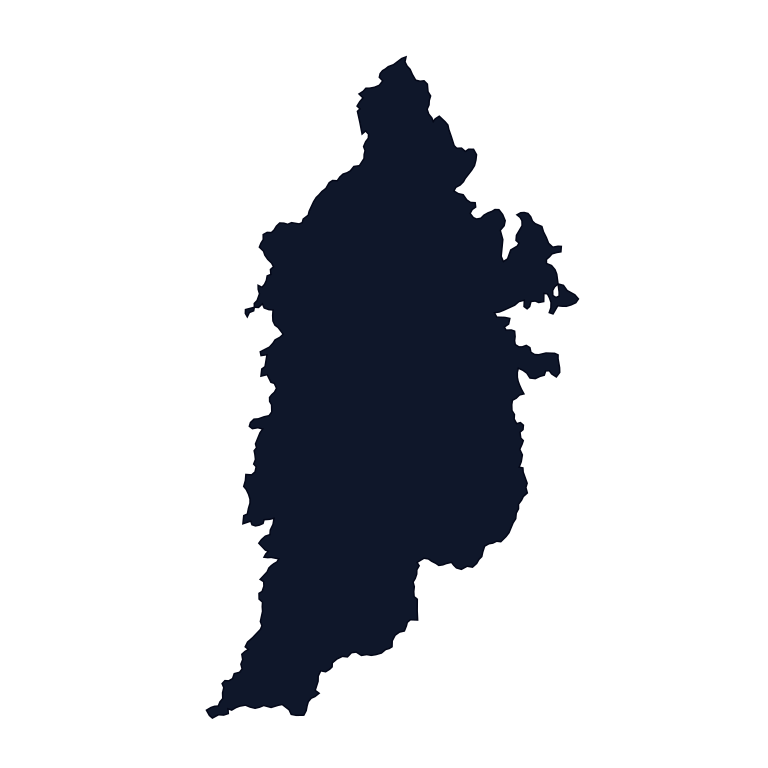 Bom Jardim da Serra, Santa Catarina, Brazil, rotated 176°
{"feature_id": "56859067B26103840950670", "entity_name": "Bom Jardim da Serra", "entity_type": "district", "adm_level": 2, "iso_a3": "BRA", "parent_name": "Brazil", "parent_adm1": "Santa Catarina", "projection": "albers", "projection_center": [-49.659, -28.371], "detail": "fine", "context": "isolated", "style": "filled", "palette": "ink", "viewbox_px": 768, "rotation_deg": 176, "n_neighbors": 0, "source": "geoboundaries", "source_scale": "gbopen_adm2", "svg_char_len": 6132}
<svg xmlns="http://www.w3.org/2000/svg" viewBox="0 0 768 768"><g transform="rotate(176 384 384)"><path d="M508.0,469.6L503.8,469.1L499.7,472.5L498.2,468.2L493.7,466.2L489.5,465.6L490.3,460.1L490.4,454.6L488.7,450.3L485.7,447.8L481.1,440.7L484.5,437.9L489.6,435.6L492.0,432.4L495.7,428.8L505.2,424.8L504.7,420.9L498.7,421.4L501.5,409.6L504.9,407.5L506.2,400.4L499.9,401.5L496.7,393.6L493.4,392.3L491.5,387.2L493.9,383.4L496.7,381.2L499.1,378.6L499.3,374.6L497.6,371.2L497.9,364.0L500.9,360.4L505.8,359.7L511.9,358.0L516.2,358.0L519.9,354.9L521.3,351.2L518.4,348.6L512.9,349.2L508.1,347.6L511.1,344.0L516.4,333.2L515.6,329.3L518.2,326.5L517.7,322.6L517.5,317.7L519.6,313.2L517.3,310.4L518.8,305.3L522.4,302.6L528.1,303.4L529.0,297.4L531.1,291.6L528.8,288.4L526.8,283.4L525.7,278.5L526.0,274.4L527.9,269.4L529.4,263.8L533.1,262.5L534.5,254.4L526.5,256.5L525.5,252.8L522.1,251.4L518.3,251.9L514.4,253.3L513.1,257.0L507.6,257.0L503.1,257.7L504.5,251.7L507.6,246.3L508.3,241.7L513.0,240.5L517.1,237.3L520.0,233.9L514.0,226.6L511.0,225.2L513.8,222.7L515.8,219.6L512.1,218.9L508.6,218.9L501.1,216.9L503.3,213.9L506.3,212.5L509.1,210.7L511.7,208.5L513.7,204.7L521.2,197.7L517.8,195.2L517.9,190.7L520.1,185.5L523.3,183.9L523.6,178.1L520.4,174.9L521.0,170.3L521.0,165.7L523.9,155.7L522.6,151.4L524.4,147.8L532.8,140.1L538.1,136.1L540.8,131.5L537.8,128.7L541.3,126.9L544.7,124.3L544.2,118.9L546.3,114.5L545.4,109.7L548.2,106.5L553.6,105.5L555.6,100.7L559.6,98.7L563.4,99.2L566.4,96.4L565.0,92.3L566.6,87.2L566.8,81.5L569.8,78.4L571.8,74.3L575.6,74.3L579.1,73.4L583.9,71.0L581.3,65.5L578.5,62.7L572.1,65.6L567.0,64.9L562.3,66.1L562.3,70.9L558.7,69.3L554.3,71.5L550.4,72.7L544.6,73.3L540.2,71.1L535.2,69.5L530.6,70.3L526.4,71.7L519.2,69.2L511.8,70.9L507.9,71.4L501.4,65.6L499.6,60.9L494.7,59.6L487.1,59.2L484.4,63.6L483.2,68.2L481.7,72.3L478.6,75.6L474.7,77.0L470.3,80.0L474.0,83.2L470.5,92.0L470.0,97.2L467.1,102.3L462.3,101.0L458.1,103.2L455.5,105.4L455.0,109.4L450.2,112.9L444.5,115.2L439.5,114.3L435.2,118.2L430.4,118.5L425.5,114.8L420.1,115.3L415.6,114.2L411.0,114.6L405.3,115.8L400.9,119.0L397.2,119.8L394.3,121.3L393.7,127.2L390.4,132.6L385.9,135.4L380.9,136.2L378.5,141.2L377.4,144.6L374.1,147.0L366.9,146.2L366.7,155.4L365.8,167.0L368.8,169.8L368.8,174.8L367.9,179.7L368.8,184.4L366.4,187.8L364.6,192.1L364.2,196.4L361.6,200.2L363.5,203.7L356.3,207.4L351.9,206.4L348.9,203.9L344.7,201.4L342.0,199.2L337.9,199.5L334.6,200.5L329.1,201.4L327.2,198.5L324.6,195.5L319.7,193.7L313.8,196.4L308.5,195.1L304.1,198.5L301.5,202.4L298.5,205.0L297.2,209.5L294.9,215.2L290.5,217.3L286.5,217.7L282.6,219.3L278.5,218.5L272.9,223.3L269.7,226.9L264.9,236.5L262.0,240.4L261.1,245.9L258.5,250.1L258.2,254.7L254.9,258.5L252.9,262.0L248.6,265.3L249.7,270.8L248.1,275.0L251.3,286.4L251.3,290.6L255.0,291.6L252.5,296.9L250.9,303.6L253.1,309.4L250.4,314.4L249.0,317.8L251.3,320.5L251.7,326.4L248.5,328.8L247.8,333.2L250.6,336.0L254.4,335.2L256.6,340.0L256.0,344.5L258.2,348.6L258.0,354.4L257.0,358.8L253.1,360.6L249.6,363.6L245.1,364.4L247.3,369.2L248.9,373.6L250.0,377.4L250.5,381.4L250.2,386.3L248.9,390.4L244.5,388.0L240.8,384.9L238.0,379.8L232.7,378.8L227.9,380.7L223.5,381.6L221.8,385.8L218.1,385.7L216.1,382.4L211.6,379.0L207.9,383.3L207.7,388.0L208.6,397.2L208.3,400.9L211.6,402.7L220.3,403.6L227.6,402.4L231.7,402.9L235.2,405.4L235.9,410.1L239.4,412.6L243.5,411.4L246.8,411.6L250.3,414.2L250.7,418.0L249.9,422.2L250.0,427.6L253.2,429.0L258.4,429.2L260.0,432.4L255.5,435.1L253.9,440.6L258.8,442.0L266.8,442.8L268.9,447.4L263.9,447.8L259.6,449.2L248.1,453.5L243.7,456.8L238.2,457.8L238.9,451.5L236.0,449.0L233.3,451.1L231.6,456.1L227.3,456.2L224.0,454.5L218.9,455.1L218.2,463.2L214.7,462.5L212.9,458.3L211.7,453.7L212.2,448.4L214.2,443.7L210.5,442.1L205.2,449.9L200.4,449.1L196.7,448.8L191.7,449.9L187.0,451.7L184.1,455.3L187.4,459.7L194.8,464.5L198.1,469.9L203.4,471.7L204.0,481.5L205.4,486.1L208.6,490.5L213.5,492.9L213.3,496.9L210.0,499.4L207.3,502.1L202.6,503.1L198.3,503.5L197.5,508.9L200.8,509.3L206.1,508.7L210.0,512.9L211.8,518.7L214.3,524.7L215.5,530.1L222.1,533.5L224.5,536.1L226.0,540.7L228.5,544.1L232.2,545.3L235.7,545.3L239.6,543.5L236.6,540.7L235.0,537.3L235.2,532.3L241.5,523.1L242.3,518.0L239.5,515.2L241.4,512.3L248.2,508.9L252.0,500.2L256.4,497.8L258.2,503.2L255.4,519.8L257.3,529.2L253.1,533.5L251.7,538.5L253.8,544.8L257.2,549.9L261.2,550.3L264.2,548.7L268.3,547.5L272.5,545.5L275.8,542.6L280.2,542.1L283.3,543.8L286.2,548.2L283.8,551.9L280.2,554.1L280.4,558.5L285.1,559.1L288.6,561.9L291.8,567.3L296.6,568.7L300.8,571.7L298.6,575.2L294.1,577.2L290.6,580.3L288.7,583.3L281.7,591.1L278.5,595.5L276.7,600.9L275.7,606.3L278.3,611.9L283.3,612.3L286.6,610.3L290.2,613.9L295.0,614.1L297.4,616.9L299.6,626.1L301.6,633.5L302.2,637.9L304.7,641.3L310.2,647.3L314.5,644.9L316.6,642.3L317.7,646.1L320.5,650.1L321.8,655.1L319.6,659.3L319.1,663.5L317.4,668.1L319.7,672.5L319.8,680.1L322.9,683.7L326.8,683.5L331.2,684.9L334.1,690.8L336.0,696.1L338.8,699.6L340.6,703.9L339.2,708.8L343.6,707.5L352.2,701.9L357.6,700.3L360.6,698.2L363.6,696.7L366.2,693.9L367.3,690.3L364.1,686.5L367.9,682.3L372.7,680.7L377.6,680.1L381.5,680.3L384.3,677.5L388.7,675.1L385.0,670.9L388.5,667.3L391.5,663.1L388.7,660.1L391.5,657.9L389.8,646.5L388.4,634.9L384.7,637.7L382.0,634.3L382.5,630.3L385.4,627.0L387.8,622.3L386.6,618.1L387.8,614.4L388.2,610.3L393.3,603.5L398.9,603.1L402.8,598.9L406.1,597.3L410.2,596.3L413.5,593.7L416.5,590.0L421.1,590.6L424.6,588.7L428.3,583.2L432.5,580.4L435.7,577.2L438.6,574.8L441.5,570.8L446.6,561.6L447.8,557.7L453.1,554.2L454.3,550.7L457.5,549.6L465.0,551.4L468.9,550.0L472.6,551.4L476.8,551.9L480.3,549.0L483.0,545.2L485.8,542.9L490.0,543.4L494.1,541.5L494.4,536.5L496.9,533.1L498.8,529.2L494.9,524.9L493.9,520.9L491.3,516.5L487.7,512.5L486.0,508.7L489.3,506.2L489.2,501.2L493.0,500.0L494.1,495.6L496.2,491.8L499.0,489.0L502.7,491.2L502.9,487.2L501.9,482.7L504.8,476.1L507.8,473.4L508.0,469.6ZM203.4,471.7L202.9,463.5L203.2,459.5L206.4,458.3L209.4,460.5L209.2,465.5L207.1,468.9L203.4,471.7ZM508.0,469.6L517.0,467.9L517.4,464.1L515.7,460.5L513.3,464.7L508.9,466.1L508.0,469.6Z" fill="#0f172a" stroke="#020617" stroke-width="1.5"/></g></svg>